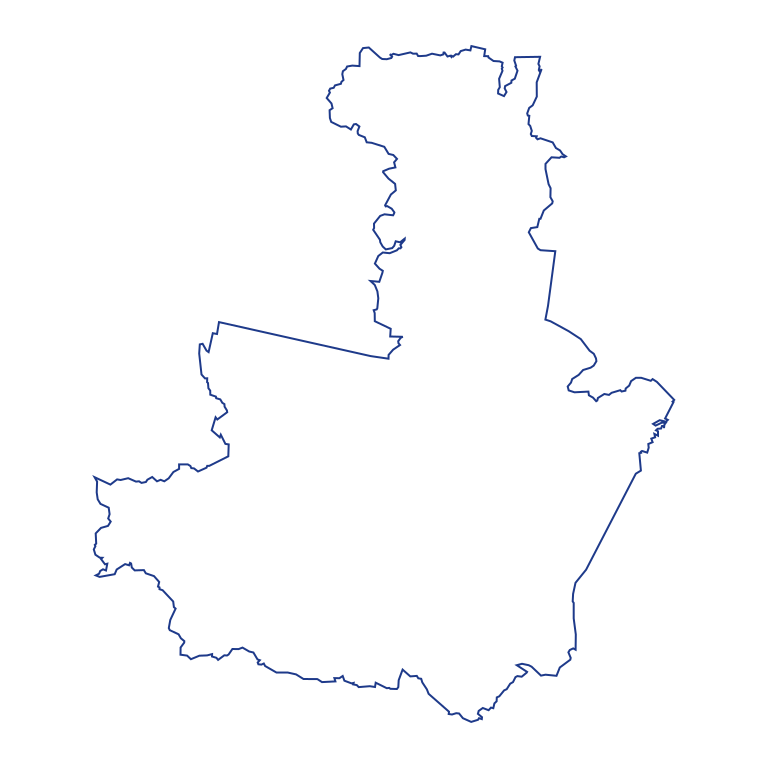 the district of Etzatlán, Jalisco, Mexico
{"feature_id": "50627088B6540775027935", "entity_name": "Etzatlán", "entity_type": "district", "adm_level": 2, "iso_a3": "MEX", "parent_name": "Mexico", "parent_adm1": "Jalisco", "projection": "mercator", "projection_center": [-104.128, 20.761], "detail": "fine", "context": "isolated", "style": "outline", "palette": "blue", "viewbox_px": 768, "rotation_deg": 0, "n_neighbors": 0, "source": "geoboundaries", "source_scale": "gbopen_adm2", "svg_char_len": 6029}
<svg xmlns="http://www.w3.org/2000/svg" viewBox="0 0 768 768"><path d="M640.9,470.6L639.3,453.2L641.1,452.8L640.8,451.8L642.0,451.0L647.2,452.6L648.7,447.7L648.3,444.0L652.6,442.2L651.3,438.6L655.1,437.3L654.4,433.9L658.0,435.7L658.0,431.3L656.0,430.3L657.6,428.8L661.1,428.5L662.0,426.0L663.8,426.1L664.0,428.1L664.4,424.7L665.7,422.9L661.9,422.6L655.6,425.6L653.1,423.9L659.7,420.2L666.0,421.7L667.8,419.9L665.1,418.5L673.5,402.1L672.6,401.6L674.2,399.9L656.9,381.9L652.6,379.1L650.8,380.8L641.2,377.8L635.9,377.8L631.1,381.1L629.2,385.6L625.7,388.5L625.4,390.7L621.6,391.5L620.3,390.2L611.6,392.8L609.0,394.9L604.3,394.0L597.9,398.0L597.3,400.5L596.2,401.2L593.0,397.6L588.9,395.3L588.4,391.6L574.5,392.3L568.7,390.4L567.7,386.5L571.0,382.6L572.2,379.0L578.7,374.9L583.1,370.0L590.6,367.7L593.7,365.6L596.4,361.2L596.0,358.4L593.8,353.8L589.6,350.7L580.8,339.1L568.7,331.2L550.6,321.3L545.4,319.6L548.0,305.9L555.3,251.2L540.5,250.2L537.8,248.5L528.8,232.3L530.9,228.1L537.3,227.1L539.3,218.8L540.5,218.8L543.8,210.5L552.2,203.4L552.7,201.3L550.4,197.2L550.6,188.2L548.6,184.2L545.5,169.1L545.5,163.9L551.5,157.3L559.5,157.8L561.3,156.5L564.1,157.3L565.9,156.4L562.6,154.2L560.1,150.5L555.9,148.0L552.7,142.4L540.5,138.3L537.5,139.3L536.1,137.8L536.7,136.3L531.8,136.0L530.8,134.0L531.8,130.9L530.2,125.9L528.5,124.1L529.3,115.8L527.8,115.5L527.2,113.4L529.2,107.9L532.7,105.3L536.8,96.6L536.7,82.3L541.6,69.1L539.6,71.4L538.8,70.0L539.6,66.3L538.4,63.9L540.1,56.8L515.0,57.2L514.3,60.5L516.1,65.8L515.4,66.4L517.5,70.7L514.8,78.7L511.5,80.5L511.3,82.8L505.1,86.1L504.7,88.4L506.5,92.0L504.0,96.1L498.1,93.5L498.2,89.9L499.8,87.2L499.1,78.8L502.5,70.8L501.8,68.7L502.6,67.5L501.8,66.3L502.6,62.7L499.6,61.4L493.5,61.0L488.5,57.5L488.2,56.2L484.2,56.1L485.2,49.3L471.4,46.1L470.4,50.4L465.6,49.6L460.7,51.1L458.5,54.4L455.9,54.2L453.1,56.6L451.8,55.9L451.4,56.9L450.3,55.7L447.5,56.5L444.5,52.5L443.6,52.5L443.3,54.4L440.3,55.4L432.0,53.7L426.2,55.7L420.1,56.1L418.1,56.0L416.7,53.6L413.1,53.7L410.4,52.4L398.6,55.1L393.4,53.8L391.5,55.0L389.8,54.3L392.1,56.7L391.3,58.0L386.8,59.2L382.2,59.0L380.0,57.6L368.8,47.5L363.0,48.1L359.8,53.0L359.5,66.1L352.3,65.6L347.1,66.5L345.9,69.0L342.9,71.2L342.3,74.2L343.5,80.0L341.4,81.9L340.9,83.8L335.0,85.4L333.7,87.8L330.2,88.6L329.0,90.8L329.9,92.6L326.7,98.0L331.5,103.5L332.6,108.2L329.6,110.2L329.9,118.0L331.2,121.9L340.9,126.7L346.0,126.4L350.9,129.5L353.8,124.4L356.0,124.0L359.4,126.5L357.6,131.1L357.8,133.5L358.8,134.9L364.8,137.3L366.7,142.3L371.6,142.8L384.3,146.8L388.6,153.9L393.3,155.0L397.0,158.9L394.1,162.3L395.4,167.4L389.1,168.7L383.2,171.2L383.1,172.2L388.5,178.6L395.1,183.9L395.8,190.4L390.9,194.5L385.1,205.3L385.7,206.4L387.2,206.1L391.7,208.7L394.4,212.4L394.1,213.4L393.1,215.3L384.5,214.3L380.2,215.9L374.0,223.6L374.1,228.0L373.2,229.8L379.9,239.7L380.3,242.3L382.7,246.5L385.8,249.4L392.2,248.1L394.2,245.8L395.7,241.3L400.1,242.3L404.7,238.6L404.6,240.0L400.4,244.9L401.4,247.2L400.5,248.3L398.8,248.3L396.9,250.3L389.7,253.2L382.8,252.5L378.3,256.0L374.9,263.6L379.5,268.7L382.8,270.8L382.4,272.8L379.3,281.8L370.5,281.0L374.8,285.0L377.4,291.4L378.3,298.3L377.3,308.3L376.7,309.4L373.7,310.2L374.7,313.1L374.8,321.2L390.7,328.8L390.2,336.5L402.8,336.8L400.7,337.8L398.2,341.2L398.5,343.3L400.0,345.0L393.1,349.7L388.6,354.9L388.5,358.7L370.7,356.1L219.0,322.1L217.0,334.0L212.8,333.2L208.6,352.1L206.5,350.6L202.6,343.8L199.8,344.4L199.2,353.5L201.5,374.5L205.0,378.4L207.2,378.3L207.1,382.2L208.0,383.0L208.4,388.2L210.2,390.6L210.3,394.7L215.9,396.6L216.2,398.2L220.3,399.4L222.3,402.8L224.4,404.1L224.6,406.7L226.9,410.4L227.2,412.2L217.3,419.5L215.6,417.3L211.7,430.3L219.8,437.4L220.8,434.7L225.4,443.9L228.7,444.4L228.3,456.3L209.2,465.9L207.2,465.9L206.5,467.7L198.0,471.5L194.0,468.4L191.3,468.1L190.4,466.0L187.8,464.4L179.1,464.4L179.1,468.9L173.4,472.0L168.7,478.3L164.3,481.3L160.6,479.8L157.0,481.3L152.2,477.0L147.4,479.7L145.9,482.0L141.5,482.9L139.0,481.3L136.0,481.6L128.2,478.2L120.6,480.0L117.1,479.4L110.4,484.6L94.6,477.2L97.1,481.6L96.7,492.4L97.7,499.3L100.5,503.9L108.7,507.7L109.6,514.2L108.2,518.5L110.7,521.6L108.0,525.9L101.0,527.9L95.7,533.4L96.2,543.6L94.8,544.9L95.4,546.2L93.8,549.4L95.4,554.7L99.8,557.7L102.3,557.8L101.1,559.1L105.0,564.3L107.3,563.7L106.0,570.5L103.0,569.3L100.2,571.0L99.1,573.7L95.8,575.4L99.6,576.9L114.7,574.2L116.7,569.5L125.1,564.1L129.1,565.3L130.0,562.9L131.1,563.5L131.8,567.5L134.7,570.4L143.9,570.1L145.8,573.3L154.0,576.1L159.2,582.0L158.0,586.6L159.5,587.4L159.5,589.2L162.6,590.2L173.2,601.5L173.9,607.1L175.6,608.6L170.3,619.9L168.8,628.1L169.8,630.2L178.6,634.3L180.9,638.3L184.3,641.1L184.2,642.6L180.6,647.5L180.5,654.7L187.1,655.6L190.9,659.2L199.4,655.7L207.1,655.4L212.1,654.1L212.0,656.5L216.4,657.8L218.1,659.9L224.3,655.3L227.0,655.5L228.6,654.5L232.4,649.0L238.6,649.1L242.5,647.6L249.2,651.5L253.4,652.5L257.5,659.4L259.8,660.2L257.7,662.5L258.4,664.3L261.4,664.6L263.8,663.5L265.1,666.0L276.4,672.5L287.6,672.5L296.1,674.4L303.5,679.0L317.4,679.1L322.0,682.1L335.4,681.4L334.4,678.1L339.4,678.2L342.7,676.0L344.4,680.7L351.6,683.4L353.6,682.9L353.2,684.4L356.8,685.1L358.7,687.1L369.8,686.2L375.0,687.0L375.7,682.7L386.8,688.2L389.2,687.9L390.3,688.8L396.9,689.0L398.3,687.1L398.7,680.2L402.6,669.6L410.3,676.4L416.8,675.9L418.3,678.3L421.2,678.8L422.3,682.4L426.9,689.4L428.6,693.8L449.0,711.7L448.7,714.0L452.0,714.5L456.2,713.2L459.1,713.5L462.9,718.2L471.2,721.9L478.0,719.8L479.0,718.2L481.8,719.1L482.0,717.2L477.9,713.8L478.7,710.9L482.8,708.0L488.6,710.2L491.0,707.6L493.3,708.2L494.4,703.4L496.6,701.3L496.8,697.4L499.3,696.3L504.1,690.4L506.7,689.2L510.2,683.7L513.0,682.1L515.5,677.1L517.4,676.1L521.7,676.7L526.6,672.7L527.1,671.9L516.8,665.2L522.0,663.8L528.7,665.2L531.6,666.7L541.0,675.6L545.5,674.7L556.5,675.8L559.8,667.5L570.3,659.7L570.7,657.9L568.4,652.3L569.8,650.0L573.2,648.4L575.6,649.7L575.8,634.5L573.7,618.4L573.7,602.9L572.7,601.4L573.1,593.9L575.5,582.8L586.1,569.7L635.8,473.7L640.9,470.6Z" fill="none" stroke="#1e3a8a" stroke-width="2"/></svg>